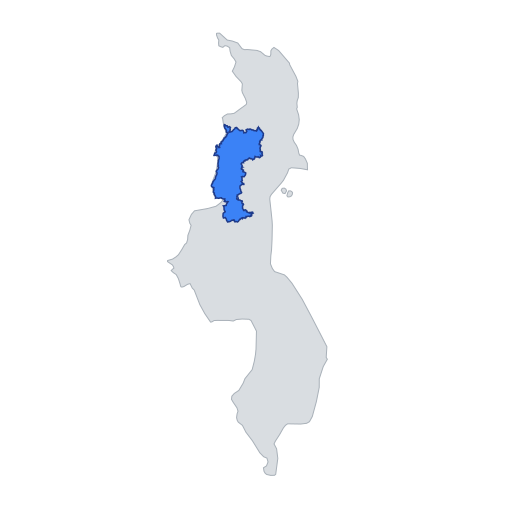 Mzimba, Mzimba, Malawi (highlighted), rotated 9°
{"feature_id": "42251766B77624810989827", "entity_name": "Mzimba", "entity_type": "district", "adm_level": 2, "iso_a3": "MWI", "parent_name": "Malawi", "parent_adm1": "Mzimba", "projection": "albers", "projection_center": [33.674, -11.849], "detail": "fine", "context": "in_parent", "style": "filled", "palette": "blue", "viewbox_px": 512, "rotation_deg": 9, "n_neighbors": 0, "source": "geoboundaries", "source_scale": "gbopen_adm2", "svg_char_len": 8979}
<svg xmlns="http://www.w3.org/2000/svg" viewBox="0 0 512 512"><g transform="rotate(9 256 256)"><path d="M198.1,297.7L195.2,293.6L192.8,294.7L189.5,297.5L187.7,298.3L186.8,298.2L186.2,297.5L185.5,295.7L182.9,290.5L180.1,286.8L177.0,285.4L174.5,283.7L175.6,282.1L176.8,280.9L176.3,279.7L174.9,277.9L169.5,275.4L169.4,274.3L174.1,272.1L177.1,269.4L179.2,266.9L181.7,261.3L183.8,255.8L185.4,254.0L185.9,250.3L185.5,246.2L186.6,240.9L187.1,235.9L185.5,234.0L184.1,230.7L185.7,225.0L188.2,221.0L200.2,216.9L208.6,213.2L210.3,211.5L213.2,208.4L214.8,205.3L213.6,204.4L207.1,204.3L205.4,203.1L200.7,192.3L203.3,179.8L203.5,174.9L203.4,168.9L202.6,164.5L200.5,162.6L199.2,160.2L199.5,153.7L201.5,153.0L205.7,144.4L207.5,139.3L205.3,135.3L202.8,129.5L201.7,125.9L201.0,124.7L202.8,122.4L205.6,120.2L208.8,119.6L212.1,118.5L222.7,107.8L222.8,105.8L220.9,102.2L217.0,96.8L216.1,94.6L215.6,88.1L214.0,86.2L208.2,81.8L203.7,77.2L205.1,72.6L205.9,67.5L203.6,64.7L200.3,61.8L198.3,57.6L197.4,54.4L194.7,53.2L192.4,53.1L190.6,55.1L188.7,54.9L186.4,54.2L185.7,51.5L185.5,48.6L183.9,46.6L182.4,43.8L182.2,42.3L183.2,41.9L185.2,41.6L193.8,47.2L199.0,47.4L204.7,48.5L209.7,53.4L212.2,54.0L215.5,53.4L224.8,52.8L228.6,53.5L233.4,56.4L235.3,56.8L238.3,56.9L238.8,56.2L239.1,54.5L238.6,51.0L239.3,49.2L241.1,47.2L246.2,49.5L258.9,60.3L259.3,61.7L267.3,72.3L270.0,76.9L270.0,79.2L272.4,88.6L273.0,92.9L272.4,96.2L272.5,98.9L273.5,102.7L273.1,104.3L276.0,109.9L277.4,114.6L277.6,119.1L276.8,123.6L274.2,130.1L273.8,132.7L274.3,135.1L276.0,137.7L278.7,140.5L280.8,143.9L282.2,147.8L283.3,149.6L284.8,149.6L287.5,150.2L289.7,152.5L292.2,156.4L293.0,160.9L293.4,162.8L286.1,162.6L277.1,163.3L274.8,165.0L274.1,168.9L271.3,176.9L269.7,179.8L266.3,185.2L261.6,192.7L260.6,195.2L260.7,197.7L263.5,208.0L266.4,218.8L267.3,223.0L269.3,237.4L270.4,247.6L270.6,253.5L271.5,261.5L274.1,265.8L276.8,268.5L287.0,270.2L290.0,272.2L295.8,277.3L308.3,291.4L315.1,300.4L321.1,308.4L331.9,323.1L340.2,334.5L341.2,345.2L342.6,346.8L339.7,354.7L337.7,367.4L339.0,375.9L338.4,390.4L336.7,405.8L334.7,411.3L332.2,413.3L326.4,415.0L313.5,416.8L311.6,418.6L309.9,421.6L307.3,428.6L304.1,435.8L303.2,438.8L303.8,439.6L306.5,443.2L309.2,452.5L309.6,468.5L308.6,469.7L304.8,470.4L300.7,470.1L299.1,469.2L297.6,467.4L296.5,464.0L299.2,461.7L300.1,457.5L298.4,453.9L295.0,453.1L290.6,449.8L281.4,439.1L273.6,431.6L269.1,425.4L264.5,422.9L263.2,421.3L262.1,418.7L262.0,414.9L262.5,412.1L261.0,409.0L256.4,404.1L254.2,401.4L254.1,398.2L256.1,395.1L260.1,391.4L263.2,383.7L264.3,378.8L270.0,368.8L270.8,360.2L270.9,353.3L270.6,348.1L269.2,337.5L268.2,330.1L261.2,320.5L258.9,319.6L252.3,320.4L246.5,321.8L243.7,323.8L239.4,323.9L228.2,325.6L224.7,326.3L222.7,328.0L221.5,328.4L214.5,321.0L208.2,312.9L200.3,299.3L198.1,297.7ZM280.2,192.2L278.3,192.7L277.1,191.7L277.4,188.7L278.1,186.6L280.0,186.3L281.3,186.8L282.2,187.8L282.2,189.4L281.7,191.0L280.2,192.2ZM276.0,186.9L274.9,189.8L272.7,189.7L270.6,187.1L271.3,185.1L273.3,184.5L275.1,185.3L276.0,186.9Z" fill="#d9dde1" stroke="#a8b0b8" stroke-width="1"/><path d="M230.8,225.0L232.4,225.3L233.1,224.6L234.1,222.5L234.6,222.4L234.6,221.9L235.4,221.5L235.6,220.9L236.1,221.1L236.6,220.9L236.9,221.2L237.1,220.6L236.9,220.2L237.1,220.1L238.4,220.3L238.8,220.2L239.3,220.4L239.5,219.8L239.9,219.7L239.7,219.3L240.3,219.0L240.2,218.5L240.9,218.6L241.2,218.2L242.9,217.7L243.6,218.1L244.8,217.5L245.0,217.3L244.5,217.3L244.4,217.0L245.0,216.1L244.7,215.4L245.1,215.3L245.3,214.7L245.8,214.7L245.8,214.4L246.4,214.1L246.2,213.9L245.8,213.6L245.8,213.3L245.3,213.2L244.2,213.8L244.3,214.2L244.0,214.2L243.7,213.9L242.8,214.6L242.6,214.4L242.5,214.1L241.9,214.4L240.6,214.1L240.6,213.9L240.2,213.8L240.1,213.4L239.9,213.5L239.8,213.2L239.5,213.3L239.4,212.7L238.9,212.3L238.5,212.3L238.4,212.1L237.5,212.4L237.0,213.1L236.8,213.0L236.5,212.7L236.7,212.3L235.9,211.8L235.2,211.0L235.1,210.3L235.2,209.8L234.8,208.8L235.1,207.9L235.4,207.6L235.6,207.0L235.0,206.3L234.6,206.5L234.1,206.4L233.8,205.7L233.7,204.9L234.0,204.3L233.8,203.8L233.2,203.7L232.9,203.9L231.9,203.6L231.4,203.2L229.9,203.5L229.6,202.5L229.4,203.2L229.1,203.2L228.6,202.8L228.2,202.8L227.9,202.2L228.1,201.8L228.1,200.9L228.4,200.5L227.8,200.2L228.0,199.6L227.9,198.7L228.9,198.4L229.0,198.0L229.5,197.5L230.2,197.2L230.3,196.8L231.3,196.5L231.9,195.7L231.8,195.3L230.8,194.4L230.6,193.3L229.5,191.5L229.2,189.4L229.6,188.9L230.0,188.7L230.6,187.5L231.2,187.5L231.5,187.3L232.3,187.3L232.8,187.2L232.5,186.3L231.4,186.4L231.0,185.7L230.4,185.5L230.1,184.9L229.7,184.7L229.8,184.5L230.2,184.4L230.5,184.0L230.7,183.4L230.0,182.3L230.1,181.2L229.3,180.1L230.0,179.6L231.8,179.6L232.9,177.5L232.9,175.6L231.3,174.9L230.0,174.9L229.7,174.3L229.8,173.7L230.1,173.6L230.2,173.2L229.1,172.7L228.8,172.3L228.2,172.5L228.2,172.1L227.8,171.8L228.2,170.6L228.6,170.4L228.1,170.3L228.0,170.1L228.3,169.3L228.0,168.6L226.9,167.4L227.6,166.0L228.1,166.0L228.4,165.8L229.1,165.8L228.8,164.9L229.4,164.2L229.9,164.0L229.5,163.7L229.7,163.4L230.3,163.3L231.1,162.5L231.8,162.7L232.1,162.3L232.6,162.3L232.6,161.8L233.2,161.4L233.4,161.0L233.7,160.9L234.0,160.2L234.9,160.5L235.2,160.8L235.8,160.5L236.2,160.7L237.0,160.8L237.7,161.6L238.3,160.8L239.1,160.5L239.0,160.2L239.3,159.9L239.3,159.2L239.5,159.1L239.5,158.7L239.5,157.8L240.7,158.1L241.6,158.1L242.1,158.0L242.6,157.6L243.3,157.9L243.4,158.1L243.6,158.0L243.9,158.2L244.2,158.3L244.4,157.9L244.9,157.6L245.2,156.5L245.1,156.3L245.5,156.5L246.1,156.4L246.7,155.7L246.6,155.3L245.8,154.1L246.2,153.3L245.8,152.8L245.8,152.3L245.4,152.0L244.0,152.3L243.7,151.9L243.6,151.4L243.8,150.9L243.4,149.9L243.5,149.7L243.0,148.9L243.2,148.3L243.1,147.8L243.5,147.2L243.4,146.9L243.6,146.6L243.6,146.0L242.6,145.5L241.8,145.5L241.6,144.7L242.1,143.7L241.9,143.3L242.1,143.0L241.7,142.2L242.2,141.8L242.1,141.5L242.3,140.9L242.7,140.8L242.8,140.5L243.5,140.4L243.3,140.0L243.5,139.2L243.6,138.7L244.0,138.5L244.2,137.9L244.3,137.1L244.0,136.3L244.4,135.9L244.2,134.7L244.2,133.9L241.4,131.1L241.0,131.2L240.8,130.9L240.6,130.9L240.5,130.6L240.1,130.5L239.4,129.2L238.3,128.6L238.2,128.4L237.9,129.2L237.6,129.3L237.8,129.9L237.6,130.0L237.7,130.4L237.4,130.4L237.3,130.5L237.2,131.1L237.3,131.4L237.1,131.5L237.2,132.0L236.8,132.1L236.8,132.3L236.6,132.2L236.3,132.4L235.8,132.3L234.2,132.5L233.7,132.0L233.1,132.1L232.2,131.9L232.1,132.1L231.9,132.1L231.1,131.7L230.5,131.5L229.9,132.0L229.5,131.7L228.6,132.2L227.7,132.0L227.4,132.3L227.4,132.5L227.6,132.5L226.9,132.6L226.5,132.8L226.6,133.3L226.9,133.5L227.4,134.3L227.1,134.7L227.1,135.1L226.7,135.8L226.4,135.7L226.0,135.9L225.3,135.9L224.8,136.3L223.9,134.4L223.2,134.0L222.8,134.0L222.3,134.1L221.4,134.6L221.0,134.5L220.6,134.7L220.2,134.6L217.7,132.9L217.5,133.1L217.3,133.0L217.0,132.2L216.6,132.1L215.4,132.6L215.1,133.7L214.0,134.9L213.0,136.7L210.5,137.9L209.9,137.8L210.5,136.7L210.7,135.6L210.9,135.5L210.4,134.2L210.5,133.6L210.7,133.2L209.9,132.5L209.4,132.5L209.2,132.4L208.6,133.1L208.1,133.2L207.6,132.6L207.2,131.9L205.8,132.0L204.8,131.2L203.7,131.1L204.0,131.3L204.3,132.9L204.8,133.2L204.8,134.2L206.2,135.5L206.9,136.3L207.3,137.2L207.2,137.8L207.4,138.4L208.2,138.5L209.0,139.3L208.5,139.9L208.6,140.4L208.1,141.0L208.3,141.9L207.6,142.6L207.5,143.5L206.7,144.2L206.1,144.5L206.1,145.3L205.8,145.6L205.7,146.2L205.3,146.9L205.3,147.4L204.8,147.8L204.5,148.5L204.0,148.6L203.7,148.9L203.9,150.1L204.2,150.5L203.3,150.8L202.9,150.8L202.6,151.2L202.5,151.9L202.8,152.4L202.7,153.9L203.1,154.5L202.3,154.8L201.8,154.6L201.4,154.3L201.4,154.0L200.5,153.7L200.2,152.6L199.7,152.8L199.2,154.1L199.5,154.9L200.4,156.1L200.3,156.8L200.0,157.1L199.8,157.7L200.6,158.9L200.7,159.6L200.3,160.4L199.2,160.8L198.8,163.2L199.7,163.1L201.5,162.4L201.9,162.8L202.3,162.5L202.6,162.5L203.0,163.1L203.9,163.4L204.3,165.5L203.9,167.6L204.1,168.7L204.0,169.3L204.1,169.8L204.0,170.7L204.3,171.9L204.6,172.4L204.3,173.1L204.5,173.7L204.9,174.0L205.2,174.5L204.9,176.1L203.7,177.8L203.5,178.5L203.6,178.9L204.3,179.5L204.6,180.9L204.3,182.5L203.9,183.2L203.9,183.9L203.6,184.8L203.8,185.6L203.4,186.9L202.9,187.3L202.2,189.0L201.8,189.5L201.8,190.6L200.9,193.0L200.9,193.7L201.2,194.2L202.4,194.9L202.9,195.0L203.5,194.9L203.7,195.0L203.6,195.7L204.0,197.2L203.8,199.6L204.5,200.2L205.0,200.3L205.1,201.7L206.0,202.6L206.8,203.7L206.9,205.3L207.3,205.1L208.6,204.8L210.0,204.9L211.8,204.1L212.8,203.9L213.2,204.5L215.1,204.8L216.2,204.5L216.2,205.3L216.8,206.1L216.7,206.5L216.0,206.9L216.1,207.0L216.9,207.2L218.6,207.2L219.1,206.7L219.9,206.7L218.6,209.6L218.7,210.7L215.9,211.6L216.6,212.3L217.1,214.5L217.2,215.2L217.5,215.4L217.7,216.1L218.6,216.8L218.6,217.3L217.2,218.6L216.9,219.0L217.1,221.8L217.8,223.5L218.1,223.6L219.6,222.8L221.0,224.3L221.3,225.3L222.6,226.8L222.9,226.9L223.5,226.3L224.3,226.3L225.4,225.7L226.5,224.5L227.3,224.4L227.6,224.1L228.5,223.7L228.7,223.8L228.6,224.1L228.9,224.2L228.8,224.6L229.2,224.8L229.8,225.6L230.0,225.6L230.2,225.2L230.8,225.0Z" fill="#3b82f6" stroke="#1e3a8a" stroke-width="1.5"/></g></svg>